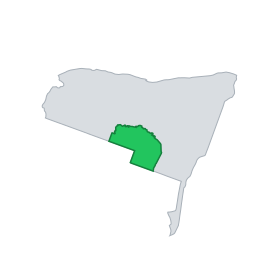 where Omaheke sits in Namibia, rotated 110°
{"feature_id": "NAM-3353", "entity_name": "Omaheke", "entity_type": "Region", "adm_level": 1, "iso_a3": "NAM", "parent_name": "Namibia", "parent_adm1": "", "projection": "robinson", "projection_center": [18.894, -22.054], "detail": "fine", "context": "in_parent", "style": "filled", "palette": "green", "viewbox_px": 256, "rotation_deg": 110, "n_neighbors": 0, "source": "natural_earth", "source_scale": "10m", "svg_char_len": 5551}
<svg xmlns="http://www.w3.org/2000/svg" viewBox="0 0 256 256"><g transform="rotate(110 128 128)"><path d="M190.8,49.7L193.6,49.1L196.2,48.5L199.2,47.9L201.7,47.5L202.3,47.3L208.2,47.9L210.7,48.2L211.6,48.6L212.8,49.6L214.9,51.9L214.4,51.8L210.4,52.3L208.9,53.0L205.5,55.8L204.8,55.4L204.0,54.8L203.3,54.7L201.9,55.3L200.4,56.1L198.7,57.3L197.4,58.4L197.0,59.0L194.8,61.2L194.2,61.6L193.5,61.8L193.3,61.7L193.0,60.7L191.8,58.4L189.7,55.4L189.1,55.1L188.7,55.0L187.2,55.1L182.7,56.0L179.0,56.7L173.2,57.9L167.0,58.9L163.2,59.5L159.9,59.7L159.9,62.7L159.9,68.7L159.9,74.7L159.8,80.7L159.8,86.7L159.8,92.7L159.8,98.7L159.8,104.7L159.8,110.8L159.8,113.4L159.7,114.0L157.8,114.0L153.5,114.0L149.9,114.0L147.0,114.0L147.0,117.5L147.0,121.8L147.0,126.0L147.0,130.2L147.0,134.4L147.0,138.7L147.0,142.9L147.0,147.1L147.0,151.3L147.0,154.5L147.0,154.9L147.0,161.1L146.9,167.6L146.9,174.2L146.9,180.7L146.9,187.3L146.9,193.9L146.9,200.4L146.9,207.0L146.8,209.1L145.6,209.0L143.0,209.8L141.3,210.9L140.6,212.2L139.6,212.9L138.5,213.2L137.9,213.9L138.1,214.9L137.6,215.7L136.6,216.2L134.9,216.1L132.5,215.2L129.5,215.0L125.9,215.5L123.3,215.3L121.7,214.4L120.0,213.9L118.2,213.7L117.2,213.4L115.1,212.7L114.7,211.6L114.4,210.7L113.8,209.8L113.7,209.1L114.2,208.5L114.3,207.6L113.9,206.4L113.3,205.8L112.5,205.8L112.0,205.3L111.8,204.4L111.3,203.6L110.1,202.9L108.6,203.4L107.8,204.3L107.4,205.6L107.0,206.3L106.8,207.4L106.8,208.2L106.4,209.1L106.0,209.4L105.5,209.3L104.7,209.6L103.0,210.8L102.5,211.5L101.1,210.3L96.9,205.8L95.5,204.6L93.3,201.9L88.5,193.4L87.8,191.7L86.8,187.6L85.8,184.5L85.6,182.8L86.1,181.8L85.8,180.4L85.3,179.2L83.6,177.6L83.1,172.3L82.0,168.9L82.2,166.0L81.7,163.5L81.6,161.8L81.8,158.7L80.9,155.0L79.1,151.5L77.5,146.4L77.2,144.2L77.3,138.2L77.0,135.7L77.0,132.8L76.4,129.8L76.1,128.2L76.5,126.9L76.8,127.3L77.3,127.5L77.6,125.8L77.6,124.3L76.8,120.6L75.0,116.7L70.5,110.5L69.4,108.1L68.7,106.2L63.7,98.0L61.5,92.2L60.0,87.2L58.4,84.9L50.7,68.6L49.1,66.1L46.0,63.0L45.3,61.9L44.2,59.0L41.9,55.0L41.3,51.3L41.1,47.1L41.3,43.9L43.4,43.6L44.8,42.7L46.1,42.7L47.4,43.3L48.7,43.4L49.3,43.3L51.7,43.4L53.1,42.6L54.7,41.8L55.7,41.2L57.0,40.5L58.8,39.8L59.8,39.8L61.0,40.1L62.6,40.4L63.6,40.8L64.7,42.3L66.4,43.7L67.7,44.5L69.1,45.6L69.6,46.0L70.2,46.2L70.6,46.3L73.3,46.1L75.7,46.0L78.3,46.0L83.2,46.0L88.1,46.0L93.0,46.0L97.9,46.0L102.9,46.0L107.8,46.0L112.7,46.0L117.6,46.0L119.6,46.0L123.1,46.1L126.8,46.1L127.2,46.2L127.6,46.5L128.0,46.8L129.3,48.6L130.9,50.6L132.3,51.5L134.0,52.1L135.5,52.3L137.0,52.2L139.4,52.4L142.8,53.0L146.3,53.2L149.9,53.0L152.4,53.3L153.9,54.3L155.4,54.9L157.0,55.3L159.1,55.1L161.7,54.3L163.9,54.4L165.0,55.0L165.6,55.0L169.5,54.2L172.6,53.6L177.2,52.6L181.1,51.8L186.8,50.5L190.8,49.7Z" fill="#d9dde1" stroke="#a8b0b8" stroke-width="1"/><path d="M159.9,89.6L159.9,90.0L159.9,91.8L159.9,93.7L159.9,95.5L159.9,97.4L159.9,99.2L159.9,100.1L159.9,100.9L159.9,101.8L159.9,102.6L159.9,103.5L159.9,104.3L159.9,105.2L159.9,106.0L159.9,106.9L159.9,107.7L159.9,108.6L159.9,109.4L159.9,110.3L159.9,111.1L159.9,112.0L159.9,112.8L159.9,113.4L159.7,114.0L159.0,114.0L156.0,114.0L153.0,114.0L150.0,114.0L147.0,114.0L147.0,115.2L147.0,117.4L147.0,119.7L147.0,121.9L147.0,124.1L147.0,126.6L147.0,129.2L147.0,131.7L147.0,133.2L147.0,134.2L147.0,136.8L147.0,139.3L147.0,141.4L138.9,141.4L138.0,141.3L138.0,138.7L137.9,138.5L137.8,138.4L137.5,138.3L137.3,138.3L137.2,138.4L136.6,139.2L136.5,139.3L135.3,139.3L135.0,139.2L135.1,138.9L135.0,138.7L134.3,138.7L134.2,138.7L131.8,139.7L131.7,139.7L130.6,139.5L130.4,139.4L130.2,139.3L129.5,138.6L129.4,138.5L129.2,138.4L129.0,138.5L128.8,138.8L128.7,138.8L127.5,136.3L127.5,136.1L128.2,134.1L128.3,133.9L128.1,133.6L126.4,132.0L126.3,131.9L126.3,131.7L126.4,131.4L126.5,131.3L126.7,131.2L127.4,131.2L127.5,131.1L127.5,130.5L127.3,130.2L127.2,130.0L126.8,130.0L126.7,129.9L126.3,129.5L126.1,129.4L126.0,129.1L126.0,128.8L126.1,128.7L126.7,128.5L126.8,128.4L126.9,128.2L126.9,127.9L126.9,127.7L125.9,128.0L125.7,128.0L125.6,127.9L125.6,126.4L125.6,125.9L125.2,124.8L125.1,124.5L125.0,123.0L124.6,121.0L124.6,120.9L124.4,121.0L124.0,121.3L123.7,121.1L123.6,120.9L123.6,120.7L124.0,120.5L124.1,120.4L123.7,120.1L123.6,119.9L123.2,119.3L123.1,119.2L122.5,119.1L122.4,119.1L122.2,118.9L121.8,118.3L121.5,117.6L121.4,117.3L121.4,117.1L121.5,115.8L121.5,115.7L121.8,115.6L122.0,115.6L122.5,115.4L122.7,115.2L122.7,114.9L122.6,114.7L122.6,114.4L123.0,113.9L123.1,113.6L123.3,113.5L123.4,113.4L123.4,113.2L123.4,112.9L123.3,112.7L123.2,112.6L123.1,112.4L122.8,112.1L122.7,112.0L122.7,111.9L122.7,111.6L122.9,111.2L123.3,110.8L123.4,110.5L123.3,109.6L123.5,109.5L124.3,109.0L124.5,108.9L124.9,108.4L124.9,108.2L124.8,107.4L124.9,107.0L124.9,106.9L124.8,106.7L124.8,106.4L125.1,106.2L125.2,105.9L125.1,105.3L125.1,105.2L125.3,104.8L125.3,104.7L125.2,104.1L124.9,104.0L124.7,104.0L124.4,103.9L124.5,103.2L124.5,102.9L124.7,102.7L124.9,102.7L125.0,102.6L126.5,103.1L126.5,102.9L126.3,102.6L126.3,102.4L126.3,102.1L126.8,101.7L127.0,101.6L127.1,101.4L127.1,101.0L127.1,100.9L126.6,100.9L126.4,100.9L126.5,100.3L126.6,99.8L126.8,99.6L127.8,99.4L128.0,99.4L128.1,99.5L128.3,99.7L128.6,99.0L128.7,98.7L129.1,96.6L129.2,96.4L131.5,92.3L131.8,91.9L132.3,91.5L132.4,91.4L138.6,88.9L138.9,88.7L139.4,88.2L139.6,88.1L140.0,88.1L140.7,88.0L141.1,88.1L151.4,89.4L151.7,89.4L152.0,89.6L152.8,89.8L153.1,89.8L153.5,89.7L154.0,89.7L155.4,89.9L156.1,90.1L156.5,90.2L157.4,90.1L157.6,90.1L158.3,89.9L159.1,89.8L159.3,89.8L159.5,89.7L159.9,89.6L159.9,89.6Z" fill="#22c55e" stroke="#15803d" stroke-width="1.5"/></g></svg>